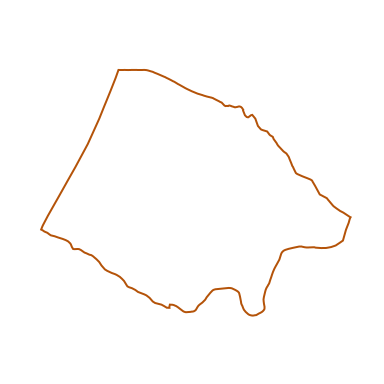 Sageata, Buzau, Romania, rotated 353°
{"feature_id": "2599482B66613850567088", "entity_name": "Sageata", "entity_type": "district", "adm_level": 2, "iso_a3": "ROU", "parent_name": "Romania", "parent_adm1": "Buzau", "projection": "orthographic", "projection_center": [27.041, 45.126], "detail": "fine", "context": "isolated", "style": "outline", "palette": "amber", "viewbox_px": 384, "rotation_deg": 353, "n_neighbors": 0, "source": "geoboundaries", "source_scale": "gbopen_adm2", "svg_char_len": 3904}
<svg xmlns="http://www.w3.org/2000/svg" viewBox="0 0 384 384"><g transform="rotate(353 192 192)"><path d="M257.5,292.0L257.7,291.6L258.0,290.9L259.1,288.5L260.4,285.9L261.2,284.1L262.7,281.1L264.4,278.2L265.1,277.2L265.8,276.2L268.0,273.2L270.5,269.7L273.0,264.2L273.9,262.9L275.4,261.7L276.4,261.2L277.7,260.8L281.0,260.2L285.7,259.7L291.7,259.2L293.8,259.4L294.9,259.8L297.2,260.6L299.3,261.1L305.2,261.6L306.8,261.8L307.9,262.3L313.5,263.4L315.6,263.6L318.4,263.9L323.4,263.6L328.1,262.6L332.5,260.4L335.9,258.6L340.2,248.3L343.8,241.6L344.9,238.9L345.3,238.0L346.0,236.8L346.3,236.4L345.8,236.1L345.3,235.7L341.8,232.7L339.7,230.9L337.2,229.2L336.6,228.8L336.1,228.3L333.4,225.9L330.9,223.5L330.2,222.6L325.9,216.0L325.1,214.6L318.5,210.0L315.0,201.1L313.4,197.4L312.9,196.3L312.7,195.6L312.5,195.2L311.2,194.1L308.2,192.4L305.2,190.8L303.2,189.7L298.7,187.0L297.9,186.3L297.4,185.8L295.7,180.9L295.4,179.7L294.7,178.3L294.1,175.8L292.7,170.7L292.5,169.7L292.1,168.5L291.8,168.0L290.4,165.3L288.2,163.3L287.4,162.4L287.0,161.8L286.4,161.0L283.2,156.6L282.7,155.7L282.4,155.0L282.2,154.6L282.0,153.9L281.7,153.4L279.5,149.4L278.9,147.1L276.6,145.3L275.9,144.5L274.0,141.1L269.3,139.0L268.0,138.2L265.5,134.5L264.5,130.1L263.8,126.9L261.2,122.8L259.9,123.0L257.0,124.7L256.4,124.6L255.4,124.2L253.9,122.3L252.6,117.3L252.8,116.9L252.9,116.7L252.7,116.3L251.8,114.5L250.9,113.5L249.7,112.9L248.9,112.8L247.1,113.1L245.0,113.2L244.6,113.0L242.9,112.2L241.9,111.8L241.3,111.4L240.8,111.2L240.0,110.8L239.6,110.7L239.3,110.7L238.3,111.1L237.6,110.9L236.7,110.8L235.7,110.8L234.7,110.1L234.4,109.7L232.3,106.8L231.0,106.1L230.6,105.8L229.7,105.1L227.4,103.6L226.1,102.7L225.2,102.1L224.3,101.4L222.6,100.6L222.2,100.5L221.2,100.1L218.5,99.1L215.3,97.7L214.2,97.1L213.0,96.6L212.8,96.5L209.4,95.0L206.6,93.4L204.1,92.0L201.6,90.4L200.0,89.4L198.8,88.6L197.5,87.7L196.6,87.0L192.1,83.7L191.3,83.2L190.7,82.7L188.2,80.7L187.5,80.2L186.6,79.7L185.1,78.6L182.9,77.1L182.3,76.7L180.4,75.5L179.5,74.8L178.4,74.2L172.1,70.5L169.5,69.1L168.4,68.4L167.6,67.9L166.1,67.3L164.5,66.6L163.4,66.1L161.8,65.5L160.0,65.1L159.5,65.0L159.2,65.0L157.3,64.8L147.7,63.6L144.2,63.2L143.8,63.2L143.6,63.2L141.8,62.9L139.6,62.6L137.4,62.4L133.9,61.9L130.2,69.3L129.5,70.6L123.3,82.0L117.6,92.2L115.4,96.1L108.9,107.9L94.4,131.7L79.4,152.9L69.4,166.4L67.8,168.6L58.1,181.8L54.6,186.5L45.8,198.4L45.4,199.0L42.9,202.6L40.0,206.8L39.2,208.1L37.7,210.9L39.1,211.8L40.6,213.2L43.5,214.9L45.2,216.6L46.6,217.8L50.3,219.2L53.5,220.8L57.9,222.8L60.7,224.3L63.0,225.9L64.9,228.2L65.4,229.3L66.1,232.0L67.1,234.1L68.3,234.4L71.3,234.6L72.9,234.9L74.6,236.0L77.9,239.0L79.8,240.0L82.5,241.7L84.4,242.4L85.8,243.6L89.0,247.1L91.4,250.2L93.2,253.9L96.1,258.2L98.2,259.9L102.5,262.6L105.5,264.1L107.1,265.1L110.0,267.4L111.9,269.6L113.7,272.0L115.7,276.4L116.4,277.8L118.0,278.9L120.6,280.1L123.8,282.3L126.2,284.6L132.2,287.8L134.2,289.1L136.1,291.0L137.0,291.9L139.7,295.9L141.9,297.7L143.2,298.2L148.0,300.1L150.5,301.9L152.9,303.8L155.5,304.2L155.5,303.3L156.3,301.1L157.0,301.2L159.1,301.6L160.5,302.2L161.6,302.9L162.1,303.1L163.7,304.4L168.3,308.9L169.1,309.6L170.5,310.3L171.4,310.6L176.0,310.8L177.3,310.7L178.1,310.8L179.4,310.6L180.9,309.9L181.5,309.4L183.8,306.4L184.7,305.5L186.0,304.6L188.8,303.0L192.0,300.5L193.7,298.3L198.0,294.2L200.2,292.4L201.3,291.8L203.3,291.4L216.8,291.7L218.8,292.1L219.9,292.5L222.9,294.4L224.5,295.6L225.5,296.5L226.3,297.6L226.5,298.4L226.9,301.6L227.3,307.4L227.2,308.0L227.5,309.7L228.0,310.9L228.7,313.7L229.2,315.2L230.7,317.6L232.9,320.1L233.9,320.9L235.2,321.5L236.7,322.0L238.1,322.1L239.2,322.0L240.8,322.0L243.5,320.8L245.3,320.2L246.9,319.5L248.2,318.6L249.4,317.4L249.7,316.7L250.0,314.8L249.8,311.6L249.8,309.1L249.9,307.3L250.6,304.9L252.5,299.8L253.3,297.9L254.5,295.9L255.6,294.6L256.1,293.8L257.1,292.6L257.3,292.3L257.5,292.0Z" fill="none" stroke="#b45309" stroke-width="2"/></g></svg>